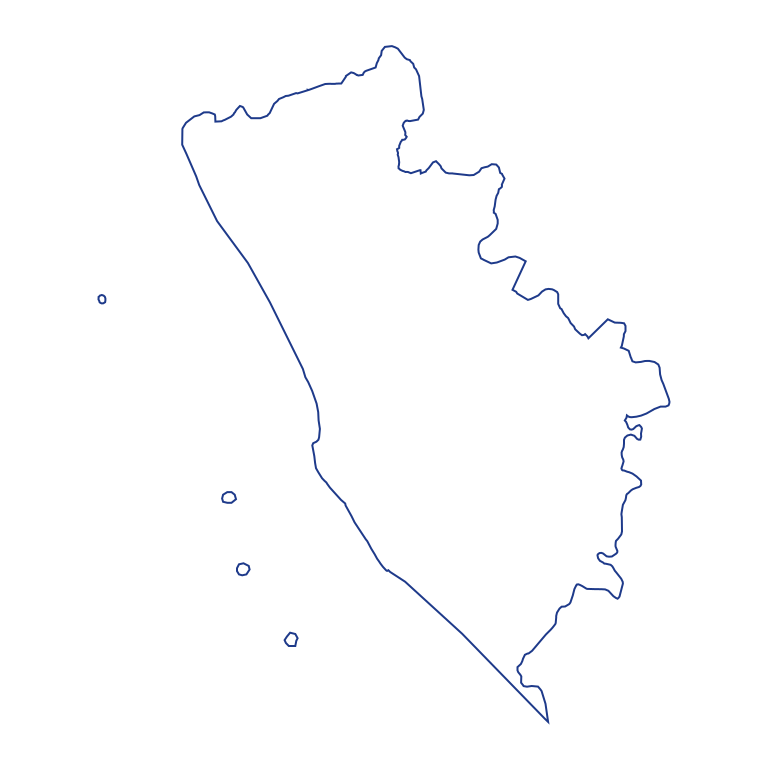 the district of Kota Pariaman, Sumatera Barat, Indonesia
{"feature_id": "22746128B94413576870843", "entity_name": "Kota Pariaman", "entity_type": "district", "adm_level": 2, "iso_a3": "IDN", "parent_name": "Indonesia", "parent_adm1": "Sumatera Barat", "projection": "mercator", "projection_center": [100.144, -0.612], "detail": "fine", "context": "isolated", "style": "outline", "palette": "blue", "viewbox_px": 768, "rotation_deg": 0, "n_neighbors": 0, "source": "geoboundaries", "source_scale": "gbopen_adm2", "svg_char_len": 6065}
<svg xmlns="http://www.w3.org/2000/svg" viewBox="0 0 768 768"><path d="M548.1,721.9L545.5,703.8L541.6,691.1L540.4,689.4L538.0,686.6L531.7,686.0L527.0,686.7L523.6,686.1L523.0,685.1L522.8,684.9L521.1,682.7L521.3,676.4L520.3,674.7L518.3,672.3L517.5,670.4L517.5,667.1L520.9,664.0L522.3,661.1L523.0,658.8L524.9,654.8L527.6,653.5L528.3,653.5L528.8,653.3L532.1,650.8L545.9,634.5L550.6,629.8L552.5,627.7L555.3,624.1L555.7,623.0L556.2,617.5L556.2,616.0L557.0,612.6L559.5,608.6L561.6,606.7L565.1,606.5L569.2,604.1L569.7,603.5L570.4,602.5L572.8,595.4L574.4,589.1L576.2,585.4L576.4,585.4L576.9,584.5L578.3,584.3L579.9,584.9L582.3,586.1L586.5,588.7L587.4,588.9L594.2,589.1L601.5,589.2L605.1,589.4L608.4,590.8L613.4,596.2L616.0,598.0L617.6,598.7L618.5,597.9L619.5,596.6L622.9,583.6L622.7,581.8L621.2,578.7L616.4,572.6L614.8,570.7L613.4,568.1L612.3,566.3L610.6,564.8L605.7,563.7L604.3,563.6L603.2,562.6L599.9,560.8L598.1,558.2L597.5,555.4L597.7,554.5L598.7,553.6L599.8,553.0L601.5,552.9L603.1,553.5L606.6,556.3L609.0,556.7L611.9,556.5L616.1,553.7L617.2,552.5L617.4,551.0L615.6,546.7L615.5,545.2L615.7,542.4L616.0,540.9L618.1,538.7L621.2,534.6L621.4,534.1L622.0,531.4L621.8,517.2L621.4,514.2L621.7,512.0L622.9,504.8L625.4,500.2L625.9,498.1L626.3,495.2L627.1,493.9L628.2,493.2L630.8,490.6L632.6,489.3L636.3,487.8L639.0,487.0L640.4,486.0L641.2,484.5L641.0,480.6L636.6,476.5L632.5,473.6L629.1,472.2L627.1,471.7L624.1,470.5L622.7,470.4L621.9,469.8L621.4,468.3L621.8,467.4L621.9,466.7L622.3,465.8L623.6,461.4L623.3,459.7L622.2,457.4L621.7,455.0L621.6,452.5L622.1,450.9L622.8,449.6L623.7,447.1L624.0,443.7L624.0,439.8L624.9,437.6L627.4,435.5L630.9,434.6L634.4,435.8L637.2,439.0L638.8,439.7L640.3,439.6L641.2,436.7L641.0,433.6L641.5,431.0L641.9,428.5L641.2,427.0L639.4,425.1L638.5,425.3L636.3,426.2L633.2,429.1L631.6,429.6L630.0,429.4L628.2,427.5L627.4,424.9L626.1,421.9L624.8,420.5L626.5,417.7L626.9,415.4L628.3,416.5L629.9,417.1L631.8,417.2L636.4,416.7L641.1,415.6L646.5,413.5L654.4,409.0L660.6,406.6L665.6,406.6L668.5,405.4L669.2,403.7L669.5,401.9L668.8,398.8L663.3,383.9L661.6,380.1L660.1,374.4L659.6,367.7L658.3,364.5L654.5,362.0L649.1,360.9L645.0,361.0L641.0,361.9L635.7,362.4L632.4,361.3L631.3,358.5L631.3,358.3L630.8,357.5L628.7,350.8L623.9,348.5L620.9,347.6L621.8,345.9L623.8,336.6L623.9,334.2L625.5,331.1L625.5,325.9L624.1,323.3L620.8,322.8L614.8,322.6L607.8,319.3L588.4,338.3L587.4,336.4L585.1,334.1L584.1,334.9L582.0,335.2L579.9,333.7L575.2,329.3L574.0,326.5L570.6,323.0L568.9,319.5L568.1,318.0L566.0,316.3L563.7,313.2L561.5,309.0L560.2,308.3L558.2,303.9L558.2,294.3L557.2,292.1L553.8,290.0L552.1,289.3L548.5,288.9L545.5,289.4L542.0,291.6L538.4,295.4L530.8,299.0L527.9,299.9L517.2,293.5L516.2,291.8L512.5,289.8L525.7,261.3L519.6,257.9L515.4,256.5L508.5,257.3L504.7,259.6L496.9,262.5L491.2,263.4L483.4,259.7L482.8,259.3L480.9,258.4L478.7,252.6L478.4,249.7L478.7,245.0L480.2,241.6L482.6,239.5L487.8,236.8L489.6,235.3L496.2,228.9L497.7,223.5L497.7,219.9L495.6,213.9L493.8,212.7L493.9,211.6L493.7,210.1L494.7,206.4L495.6,199.6L496.6,195.8L498.2,192.9L498.9,189.2L500.1,188.5L501.8,187.0L502.0,185.8L501.8,184.7L504.5,178.6L502.3,174.7L502.0,173.9L500.2,172.9L498.9,167.5L496.3,164.6L495.8,164.5L491.7,164.2L487.8,166.6L484.5,167.3L481.5,168.2L479.1,171.7L473.7,175.0L469.4,175.3L452.8,173.5L452.6,173.4L449.0,173.4L445.7,172.6L441.5,168.4L440.7,166.2L439.2,164.4L436.0,161.2L433.0,162.4L428.8,168.0L426.3,170.5L425.8,171.6L422.4,172.8L420.8,173.5L420.5,170.2L419.9,170.2L410.9,173.2L408.0,172.0L407.1,171.9L405.5,172.0L404.0,171.3L402.6,170.9L400.1,169.7L399.3,168.8L398.6,168.4L398.5,166.3L398.9,165.2L399.2,162.2L398.5,157.1L397.7,154.7L398.0,153.6L397.9,152.3L397.4,151.3L397.0,149.2L398.6,148.4L399.2,147.9L399.2,145.8L400.8,141.8L401.7,140.8L402.2,139.8L403.5,139.8L404.9,139.4L406.1,137.9L406.7,136.8L405.2,135.0L405.4,133.0L405.3,132.0L402.7,125.7L403.7,122.9L405.0,121.4L405.8,120.8L406.3,120.9L407.0,120.5L408.5,121.0L410.0,121.1L418.1,119.6L419.5,116.9L422.8,113.6L423.8,109.9L422.2,99.0L421.4,96.3L419.1,76.1L416.0,69.3L414.2,67.5L413.2,63.8L410.5,61.3L409.9,60.1L406.8,59.2L404.7,57.6L397.9,48.7L395.2,47.3L391.9,46.1L384.9,46.9L381.7,50.9L381.1,55.2L378.8,58.3L378.4,60.1L376.8,63.2L375.6,67.5L366.2,70.8L364.7,71.6L363.7,72.8L362.7,74.9L358.2,75.5L357.1,74.9L356.7,75.0L355.7,74.2L353.6,73.0L351.1,72.4L345.9,76.0L345.9,76.7L341.3,83.5L336.5,83.6L334.8,83.9L329.1,83.8L325.2,84.0L318.7,86.3L311.4,89.0L308.6,90.0L308.1,89.9L308.2,90.1L297.6,93.4L296.1,93.1L288.5,95.7L285.7,96.0L283.4,97.2L279.0,99.0L277.4,101.0L274.1,103.8L269.7,113.1L268.0,114.7L267.4,115.7L260.4,118.2L251.2,118.2L247.2,114.5L243.2,107.4L242.5,106.9L239.9,106.0L236.3,109.9L234.9,112.4L234.0,113.3L233.5,114.5L231.0,116.7L224.5,120.0L223.5,120.3L221.5,121.3L215.4,121.6L215.2,116.2L214.8,114.5L212.2,113.4L209.0,112.3L203.8,112.4L199.5,115.1L194.3,116.4L186.0,122.8L182.7,128.1L182.4,129.0L182.2,144.7L186.3,153.6L196.2,176.4L199.2,185.0L217.1,221.1L247.9,263.0L269.9,302.3L302.9,369.0L305.4,377.3L308.2,382.1L312.2,391.0L316.6,403.6L318.2,412.1L318.6,420.4L319.9,428.9L319.1,437.3L318.4,439.8L316.4,441.7L313.2,443.2L312.3,445.4L314.3,456.1L315.1,463.0L316.0,468.2L318.4,472.4L322.1,478.3L324.7,481.0L326.5,482.6L326.8,483.3L329.9,487.6L341.0,499.9L345.2,503.5L345.6,505.5L351.5,516.1L354.6,522.4L365.7,539.2L367.3,541.2L371.2,548.6L374.7,554.3L377.1,558.7L379.1,561.5L380.4,563.5L382.9,566.8L386.2,570.4L387.1,570.9L388.3,570.2L390.2,572.0L405.1,581.7L462.2,633.8L544.6,718.5L548.1,721.9ZM295.3,646.0L296.3,640.8L297.6,638.2L295.3,634.0L290.1,632.7L286.9,636.6L284.6,640.1L285.9,643.0L288.8,646.0L295.3,646.0ZM231.5,502.8L236.0,499.2L234.7,494.7L231.5,492.1L227.3,492.1L223.1,494.7L222.1,498.5L223.1,501.8L227.3,502.8L231.5,502.8ZM246.4,574.4L249.6,569.5L248.7,565.9L243.5,563.3L239.0,564.3L237.0,568.2L237.0,571.1L239.0,574.4L242.2,575.3L246.4,574.4ZM103.3,303.3L105.1,302.2L105.4,300.6L105.4,298.4L104.8,296.7L103.6,295.6L101.8,295.0L99.9,295.6L99.1,296.6L98.6,296.9L98.5,299.5L99.2,300.8L99.6,302.2L100.3,302.8L101.7,303.4L103.3,303.3Z" fill="none" stroke="#1e3a8a" stroke-width="2"/></svg>